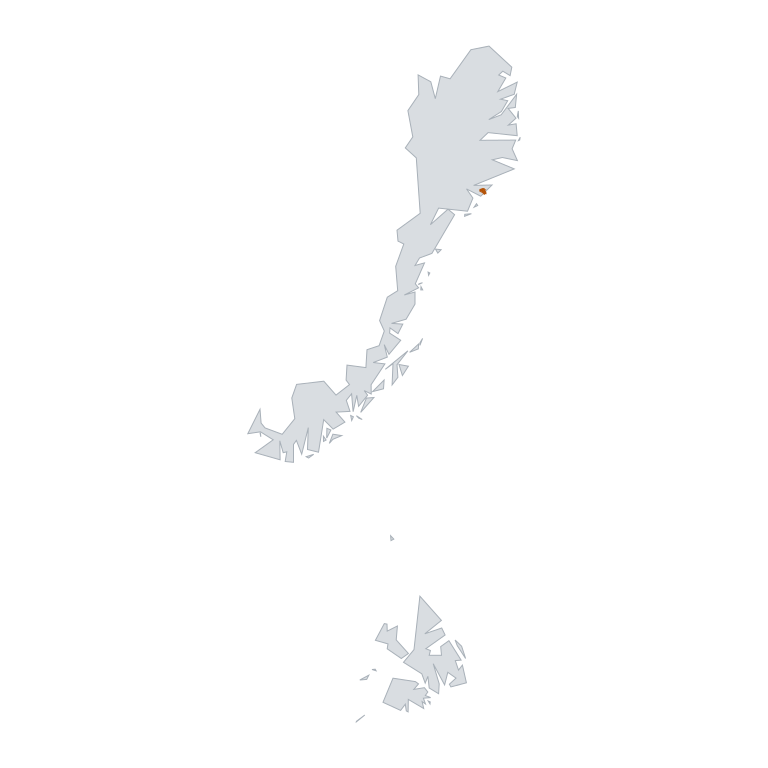 location of Eide nor, Møre og Romsdal, Norway, rotated 180°
{"feature_id": "86288312B27071382350329", "entity_name": "Eide nor", "entity_type": "district", "adm_level": 2, "iso_a3": "NOR", "parent_name": "Norway", "parent_adm1": "Møre og Romsdal", "projection": "orthographic", "projection_center": [7.322, 62.931], "detail": "fine", "context": "in_parent", "style": "filled", "palette": "amber", "viewbox_px": 768, "rotation_deg": 180, "n_neighbors": 0, "source": "geoboundaries", "source_scale": "gbopen_adm2", "svg_char_len": 5436}
<svg xmlns="http://www.w3.org/2000/svg" viewBox="0 0 768 768"><g transform="rotate(180 384 384)"><path d="M432.0,372.9L418.5,383.4L421.9,387.9L421.0,402.9L402.1,400.4L401.0,418.3L388.9,422.3L383.7,437.0L388.4,447.4L380.7,470.8L370.3,477.3L372.3,501.7L364.2,524.0L370.0,526.9L371.0,537.8L347.8,554.7L351.7,610.1L362.7,620.1L355.2,631.1L360.1,657.4L349.2,673.4L349.9,693.1L337.2,686.2L332.7,669.3L327.5,691.9L317.9,689.2L297.1,718.3L279.0,721.9L256.2,700.8L257.9,692.4L265.2,696.8L269.3,693.0L262.2,690.0L270.2,676.4L250.8,685.9L253.8,673.7L267.5,668.8L260.3,667.3L266.6,656.5L279.2,648.4L266.8,653.2L251.4,673.7L252.7,660.5L259.9,659.6L252.0,649.8L259.7,642.9L251.9,644.2L250.8,632.3L279.9,635.4L288.0,627.7L252.3,627.9L255.9,619.2L250.6,607.4L265.7,610.5L275.7,608.2L253.8,599.1L294.4,582.6L276.0,583.0L287.3,571.8L301.5,579.1L295.1,569.9L300.5,556.8L329.4,559.9L337.6,543.3L320.0,558.8L313.4,553.3L336.1,514.6L348.5,510.0L353.0,502.5L343.5,505.1L352.7,484.2L349.4,480.2L363.7,473.0L353.0,476.0L353.0,463.9L361.9,448.8L376.5,444.6L365.2,443.9L370.0,434.4L378.0,440.1L378.4,434.9L367.3,427.7L379.0,413.7L383.8,423.4L380.7,410.9L394.8,405.5L383.1,404.1L396.9,383.3L396.8,374.0L403.8,377.4L400.4,372.8L409.4,361.7L411.2,372.7L414.9,356.3L416.4,374.2L421.7,367.7L418.0,356.6L431.9,355.9L423.1,345.9L434.9,338.9L444.3,348.4L449.5,315.8L460.5,318.5L459.7,340.4L466.3,313.8L471.6,327.6L474.5,323.6L474.5,305.7L482.8,306.5L481.2,316.2L484.8,315.3L488.2,327.2L487.9,308.2L512.8,315.3L494.8,328.2L507.5,336.2L520.2,334.3L508.0,358.7L506.9,344.9L503.0,340.1L485.8,333.7L473.2,349.3L476.2,370.0L471.4,383.6L444.2,386.8L432.0,372.9ZM329.4,74.3L338.8,80.0L340.1,91.7L342.8,84.9L346.2,94.2L364.5,105.7L354.0,118.4L348.1,171.8L326.6,147.6L343.2,134.2L326.3,140.0L322.9,133.0L342.2,119.3L337.6,117.5L338.8,112.7L326.5,112.7L327.3,121.4L319.1,127.3L306.9,107.9L312.7,107.4L309.5,97.9L305.6,102.9L301.6,85.2L317.1,81.1L318.6,83.8L312.0,89.9L320.2,95.7L323.4,83.1L334.8,104.3L328.8,84.1L329.4,74.3ZM344.3,59.5L359.7,68.6L359.9,56.1L361.7,57.1L362.7,63.8L367.4,57.6L385.0,65.7L375.0,89.8L352.6,86.4L349.5,84.1L354.2,78.6L343.6,80.3L340.2,76.0L342.7,72.5L337.4,70.4L344.6,69.8L342.5,64.0L345.9,66.4L344.3,59.5ZM366.7,109.5L380.8,119.2L380.0,124.1L392.6,127.7L383.7,144.4L381.0,143.9L380.8,136.9L370.6,142.0L371.8,128.1L359.6,114.5L366.7,109.5ZM375.0,404.4L382.7,398.7L360.1,417.2L371.0,403.3L370.1,390.7L375.9,383.1L375.0,404.4ZM384.5,379.2L395.4,376.4L383.9,388.0L384.5,379.2ZM394.1,370.5L407.3,355.6L401.6,369.9L394.1,370.5ZM302.4,109.5L310.7,122.3L312.9,128.0L306.4,121.8L302.4,109.5ZM365.6,392.5L369.0,403.5L359.6,401.8L365.6,392.5ZM438.7,324.6L435.1,333.8L426.3,332.4L435.1,328.7L438.7,324.6ZM441.3,329.9L441.1,339.7L437.1,338.0L441.3,329.9ZM349.7,419.1L358.4,415.7L349.4,424.0L349.7,419.1ZM411.6,46.7L403.2,53.0L411.7,46.1L411.6,46.7ZM401.3,88.6L408.2,88.0L399.2,92.8L401.3,88.6ZM454.3,313.7L459.4,310.0L461.8,311.3L454.3,313.7ZM444.5,326.6L444.6,331.8L441.9,328.0L444.5,326.6ZM416.3,347.5L417.3,352.5L414.6,351.2L416.3,347.5ZM377.0,227.4L377.4,232.3L374.2,228.9L377.0,227.4ZM396.0,98.5L392.8,98.8L391.9,97.2L396.0,98.5ZM330.2,514.9L332.5,518.9L326.9,518.3L330.2,514.9ZM405.8,348.5L409.2,349.8L411.6,352.3L405.8,348.5ZM338.0,64.1L339.8,67.0L337.8,66.1L338.0,64.1ZM303.2,553.7L296.6,554.3L303.4,551.7L303.2,553.7ZM293.9,560.8L291.5,564.3L290.3,562.5L293.9,560.8ZM348.0,425.3L345.4,429.6L348.1,422.6L348.0,425.3ZM250.7,651.5L249.7,657.1L249.4,649.7L250.7,651.5ZM347.0,481.3L345.3,478.1L347.2,478.1L347.0,481.3ZM507.2,331.2L508.0,335.3L507.5,334.7L507.2,331.2ZM348.9,484.3L345.5,485.3L349.6,483.4L348.9,484.3ZM339.4,492.7L339.9,495.9L338.2,495.0L339.4,492.7ZM249.6,627.4L247.8,630.8L248.3,628.0L249.6,627.4Z" fill="#d9dde1" stroke="#a8b0b8" stroke-width="1"/><path d="M287.6,576.9L287.5,577.0L287.4,577.0L287.2,577.0L286.9,577.3L286.7,577.4L286.6,577.5L286.6,577.4L286.5,577.5L286.4,577.5L286.1,577.5L286.0,577.8L285.9,577.8L285.9,577.7L285.7,577.6L285.4,577.8L285.4,577.7L285.5,577.7L285.4,577.6L285.6,577.5L285.7,577.4L285.7,577.5L285.8,577.5L285.7,577.4L285.8,577.3L285.8,577.2L285.7,577.0L285.7,576.9L285.7,576.6L285.4,576.5L285.4,576.4L285.3,576.2L285.2,576.2L285.3,576.1L285.2,576.1L284.8,576.0L284.8,575.9L284.7,575.9L284.5,575.7L284.4,575.7L284.2,575.7L284.3,575.6L284.2,575.6L283.9,575.6L283.9,575.4L283.9,575.2L284.0,575.1L284.0,574.9L283.9,574.9L284.0,575.0L283.9,575.0L284.0,575.0L283.9,575.0L283.9,574.9L283.7,574.7L283.7,574.8L283.4,574.9L283.4,575.0L283.2,575.0L283.3,575.1L283.3,575.3L283.3,575.2L283.3,575.3L283.2,575.4L283.3,575.4L283.3,575.5L283.2,575.7L283.2,575.8L282.8,576.3L283.1,576.9L283.2,577.0L283.3,577.4L283.5,577.3L283.5,577.6L283.5,577.8L283.4,577.9L283.6,577.9L283.7,578.1L283.8,578.2L283.8,578.3L284.0,578.9L284.0,579.1L284.4,579.2L284.5,579.2L284.9,579.0L285.0,579.1L285.4,579.2L285.6,579.1L285.8,578.9L286.1,578.9L286.4,578.8L286.5,578.8L286.7,578.7L286.9,578.6L287.0,578.5L287.1,578.4L287.3,578.4L287.5,578.4L287.5,578.1L287.5,577.7L287.9,577.7L287.8,577.4L287.8,577.2L287.7,577.0L287.7,576.9L287.6,576.9ZM283.1,575.1L283.2,574.9L283.2,575.0L283.3,574.9L283.3,575.0L283.3,574.9L283.3,575.0L283.3,574.9L283.5,574.9L283.6,574.7L283.8,574.6L283.7,574.6L283.8,574.5L283.7,574.5L283.3,574.6L283.2,574.6L282.9,574.6L283.0,574.7L282.9,574.7L282.9,574.9L282.9,575.0L283.0,575.1L283.1,575.1ZM282.9,574.6L283.0,574.6L283.1,574.4L283.0,574.5L282.9,574.6L282.9,574.6Z" fill="#f59e0b" stroke="#b45309" stroke-width="1.5"/></g></svg>